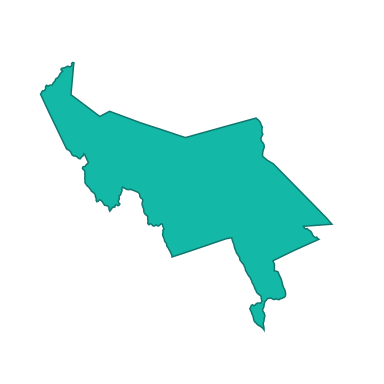 Brotas de Macaúbas, Bahia, Brazil, rotated 350°
{"feature_id": "56859067B62774475312838", "entity_name": "Brotas de Macaúbas", "entity_type": "district", "adm_level": 2, "iso_a3": "BRA", "parent_name": "Brazil", "parent_adm1": "Bahia", "projection": "natural_earth1", "projection_center": [-42.507, -12.105], "detail": "fine", "context": "isolated", "style": "filled", "palette": "teal", "viewbox_px": 384, "rotation_deg": 350, "n_neighbors": 0, "source": "geoboundaries", "source_scale": "gbopen_adm2", "svg_char_len": 4920}
<svg xmlns="http://www.w3.org/2000/svg" viewBox="0 0 384 384"><g transform="rotate(350 192 192)"><path d="M268.0,130.3L236.8,133.2L203.8,136.4L200.0,136.8L194.8,137.2L188.8,134.0L175.8,126.9L153.3,114.9L124.8,98.2L119.6,99.9L114.3,101.6L89.7,75.2L97.3,47.1L97.6,45.9L98.2,44.3L97.1,43.7L95.8,44.4L95.8,45.9L95.1,46.9L93.9,47.5L92.5,47.3L91.7,46.5L90.2,46.8L88.4,47.5L86.6,47.5L84.9,47.6L84.2,48.9L85.0,49.7L85.6,50.6L84.3,51.3L83.3,52.2L82.3,53.0L81.5,54.2L80.5,55.5L79.4,56.3L78.1,56.6L77.2,57.2L76.6,58.6L75.5,59.5L74.2,60.6L73.0,62.2L71.5,62.2L70.0,62.2L68.6,62.7L67.3,61.6L66.1,62.7L65.9,64.5L64.9,66.0L63.7,66.6L62.5,66.4L61.5,67.3L60.6,68.6L59.8,69.3L65.5,90.6L75.9,127.6L76.6,128.5L77.7,129.2L78.7,130.3L79.6,131.7L79.8,133.0L80.4,134.6L81.5,135.9L82.6,136.0L83.6,136.5L84.9,137.4L86.3,139.3L87.6,139.9L88.8,138.9L89.9,137.9L91.1,137.4L92.1,135.5L92.9,136.6L93.2,138.2L93.9,140.7L94.3,142.3L94.8,144.0L94.9,145.2L94.1,145.9L92.8,146.5L91.4,148.1L90.3,148.3L89.2,148.2L88.2,149.4L88.5,150.6L89.3,151.3L89.8,152.3L90.1,153.6L89.7,154.8L89.6,156.2L89.4,157.5L89.1,158.6L88.8,159.8L88.7,161.1L88.7,162.4L88.2,163.9L88.7,165.4L89.3,166.5L90.0,168.1L91.2,169.2L92.0,171.1L92.8,172.5L93.1,173.8L94.2,174.8L95.2,176.0L96.0,177.1L96.3,178.4L96.1,179.4L96.2,180.6L96.7,181.9L96.1,183.4L96.6,185.1L98.0,184.9L99.2,183.7L100.4,184.0L101.1,184.8L101.8,185.7L102.4,187.0L103.0,188.4L103.6,189.9L105.0,190.3L106.6,191.2L107.6,192.7L107.3,194.1L107.4,195.3L107.7,196.6L108.5,196.0L109.6,194.8L111.0,193.5L112.3,193.4L113.4,193.4L114.1,192.0L115.0,191.4L115.9,191.8L116.7,192.7L117.9,192.3L118.9,191.3L118.0,189.9L117.7,188.6L118.3,187.5L119.3,186.2L119.3,184.5L119.3,183.4L120.9,182.6L121.9,181.0L122.7,179.6L123.4,178.2L123.5,176.4L124.6,175.1L125.8,176.3L127.0,176.9L127.8,178.1L129.3,178.4L130.9,178.9L132.1,178.6L133.1,179.4L134.2,180.1L135.6,180.8L136.9,181.8L138.8,182.9L139.7,184.4L140.2,185.4L139.8,186.7L140.1,188.1L140.6,189.1L141.7,190.0L142.1,191.2L141.9,192.4L141.2,193.6L140.6,195.7L141.0,198.1L141.4,200.0L141.3,201.8L141.2,203.2L141.4,204.4L142.0,205.7L142.9,206.8L143.9,207.8L144.1,209.4L143.6,211.0L143.8,212.9L143.1,214.4L143.0,215.6L144.0,216.8L145.2,216.0L146.2,216.5L147.0,217.4L147.9,218.8L149.5,218.9L151.1,218.2L152.1,219.2L153.0,219.7L154.1,219.2L155.6,218.2L156.8,218.1L157.3,219.2L157.4,220.8L157.7,222.4L158.0,223.6L156.7,224.5L156.5,226.5L155.7,228.4L155.7,230.0L156.1,231.7L156.5,233.6L156.5,235.6L157.0,236.7L157.9,238.1L157.8,239.9L158.0,241.4L158.9,243.0L159.2,244.3L159.9,246.0L160.3,247.4L160.6,248.9L161.0,249.9L161.1,251.1L161.0,252.5L174.5,250.6L217.2,244.0L223.1,243.9L223.3,246.3L223.6,248.4L223.9,249.6L224.1,251.0L224.2,252.8L224.2,254.1L224.4,255.2L224.7,256.7L225.0,258.0L225.2,259.6L226.1,261.5L226.6,262.7L227.0,263.7L227.6,265.0L227.3,266.1L227.4,267.3L228.2,268.8L228.8,270.0L229.5,271.4L230.3,272.4L230.5,273.8L230.8,275.0L231.2,276.5L231.1,278.4L231.8,280.3L232.3,281.8L232.9,283.5L233.5,285.0L234.4,286.2L234.8,287.9L235.3,289.7L235.5,291.5L236.0,293.1L236.6,294.5L236.7,295.8L237.1,297.1L237.2,298.4L237.8,299.8L238.1,301.4L238.6,302.7L239.4,303.8L240.5,305.0L241.4,305.8L242.0,307.2L241.6,308.6L241.8,309.8L241.9,311.6L240.5,313.3L238.7,313.0L237.0,312.7L235.8,313.2L234.7,314.3L233.1,314.7L232.2,313.6L230.8,313.9L229.6,315.8L228.6,317.0L229.0,318.4L229.4,319.7L229.7,321.1L229.9,322.5L230.5,324.7L230.6,326.1L230.6,328.0L230.7,329.2L231.2,330.8L232.5,332.3L233.2,333.6L234.0,334.6L235.3,335.6L236.6,336.8L237.8,338.2L238.5,339.2L239.0,340.3L239.3,338.0L239.3,335.7L239.2,334.1L239.6,333.0L240.4,331.8L240.8,330.1L241.3,329.1L241.6,327.9L242.3,326.9L242.2,325.4L242.1,324.1L241.7,323.0L241.2,321.9L241.1,319.8L242.1,318.7L242.9,317.5L243.2,316.1L243.9,314.5L244.6,312.9L245.8,311.9L247.0,311.0L247.9,309.9L249.5,310.2L250.7,309.9L251.6,310.4L252.5,311.1L253.3,311.9L254.6,312.2L255.8,311.7L257.1,312.4L259.0,313.2L260.4,312.4L262.0,312.5L263.2,311.9L264.4,311.9L265.8,310.8L266.3,309.6L266.6,307.6L266.6,305.6L266.2,303.7L265.6,302.2L265.4,300.6L265.1,299.1L265.1,297.3L264.9,295.2L264.8,293.8L264.5,292.3L263.9,290.3L263.4,288.9L263.3,287.3L262.7,285.4L261.2,284.6L259.3,283.9L259.7,282.7L260.0,281.6L260.0,280.0L260.6,278.3L260.6,277.1L260.2,275.5L259.7,273.8L282.0,267.4L308.8,260.6L307.5,259.4L307.0,258.1L306.0,258.4L304.9,257.7L304.0,256.6L303.3,255.1L302.9,253.3L302.3,251.6L301.1,250.3L300.1,249.6L299.3,248.2L297.6,248.1L296.5,247.0L295.8,245.1L324.2,248.0L319.9,240.9L304.2,218.0L293.7,202.7L277.1,178.5L272.5,174.5L271.3,173.4L270.5,172.5L269.9,171.6L269.0,170.6L268.0,169.5L267.8,168.2L268.4,165.7L268.9,164.5L269.5,163.0L270.3,161.6L270.9,160.4L271.1,158.9L271.0,157.4L270.5,156.1L269.5,154.5L269.1,152.9L269.1,151.7L269.4,150.5L270.1,149.6L270.8,148.6L271.8,147.5L271.4,146.3L271.4,144.6L271.8,142.2L272.5,140.2L272.1,139.0L271.7,137.9L271.5,135.8L270.8,134.2L269.8,132.5L268.6,131.4L268.0,130.3Z" fill="#14b8a6" stroke="#0f766e" stroke-width="1.5"/></g></svg>